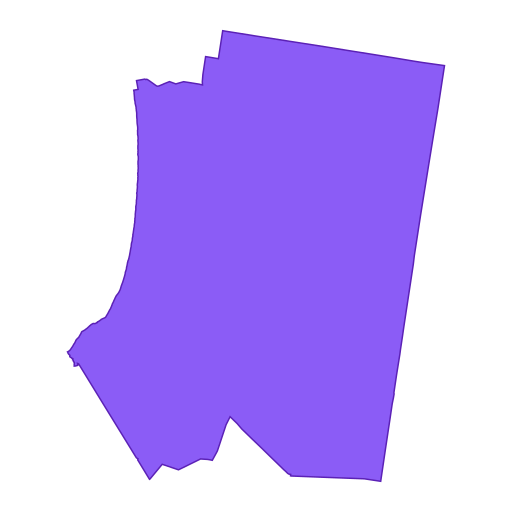 outline of Frankston, Victoria, Australia
{"feature_id": "25037944B48660808239770", "entity_name": "Frankston", "entity_type": "district", "adm_level": 2, "iso_a3": "AUS", "parent_name": "Australia", "parent_adm1": "Victoria", "projection": "orthographic", "projection_center": [145.129, -38.134], "detail": "fine", "context": "isolated", "style": "filled", "palette": "violet", "viewbox_px": 512, "rotation_deg": 0, "n_neighbors": 0, "source": "geoboundaries", "source_scale": "gbopen_adm2", "svg_char_len": 5589}
<svg xmlns="http://www.w3.org/2000/svg" viewBox="0 0 512 512"><path d="M444.5,65.6L422.4,62.5L412.9,61.0L396.2,58.2L372.7,54.4L347.4,50.4L325.1,46.8L290.3,41.4L254.4,35.8L251.5,35.3L226.2,31.3L222.7,30.7L218.4,58.7L208.9,57.1L205.6,56.6L202.9,74.5L202.3,81.8L202.5,84.9L201.0,84.6L200.1,84.4L199.5,84.2L190.8,82.8L189.6,82.6L188.9,82.5L183.6,81.7L175.8,83.9L169.5,81.6L163.7,83.9L162.5,84.5L161.7,84.8L158.8,86.0L157.5,86.2L156.5,85.9L149.5,80.9L147.4,79.5L146.6,79.3L146.4,79.3L145.9,79.6L144.8,79.1L136.5,80.6L138.1,89.4L133.7,90.2L133.8,90.9L134.0,91.5L134.1,92.2L134.1,93.7L134.3,95.2L134.3,95.9L134.4,96.6L134.5,98.1L134.5,98.9L134.6,99.6L134.7,100.3L134.9,100.9L135.0,101.6L135.1,102.3L135.1,103.0L135.2,103.7L135.4,104.3L135.5,104.9L135.7,105.6L136.0,106.9L136.1,107.6L136.1,108.6L136.2,109.0L136.3,109.8L136.3,110.5L136.4,111.2L136.6,111.9L136.6,112.6L136.7,113.3L136.7,114.0L136.7,114.8L136.7,115.6L136.7,116.3L136.8,117.1L136.8,117.8L137.0,119.3L137.0,120.8L137.1,122.3L137.1,123.0L137.2,123.8L137.4,125.2L137.6,126.6L137.7,127.8L137.7,128.0L137.7,128.8L137.7,129.6L137.6,130.2L137.5,130.9L137.6,131.6L137.6,132.3L137.6,133.1L137.6,133.8L137.6,134.6L137.9,135.8L138.0,136.5L138.0,137.2L138.1,138.0L138.1,138.8L138.0,139.5L137.9,140.2L137.9,141.0L138.0,141.5L138.0,142.2L138.1,143.0L138.1,143.7L138.1,144.4L138.0,145.1L137.9,145.8L137.9,146.5L137.9,147.3L137.9,148.0L137.9,148.8L138.0,149.5L138.1,150.2L138.0,150.9L137.9,151.6L138.0,152.4L138.0,153.1L137.8,153.8L137.8,154.5L138.1,155.9L138.3,156.5L138.3,157.2L138.3,158.0L138.3,158.7L138.3,159.4L138.2,160.2L138.1,160.8L138.0,161.5L138.0,162.2L138.0,163.7L138.0,164.4L138.1,165.1L138.2,165.9L138.1,166.6L138.2,167.3L138.2,168.1L138.2,168.8L138.1,169.5L138.0,170.1L138.1,170.8L138.1,171.5L138.0,172.2L137.8,172.8L137.7,173.5L137.8,174.2L137.9,174.8L137.8,175.5L138.0,176.2L138.0,176.9L137.8,177.7L137.9,178.8L137.9,179.5L137.8,180.2L137.7,180.9L137.6,182.2L137.5,182.9L137.4,183.5L137.3,184.2L137.3,184.9L137.3,185.7L137.4,186.4L137.4,187.2L137.3,187.9L137.3,188.6L137.2,189.2L137.1,189.9L137.1,190.7L137.1,191.4L137.0,192.0L136.8,192.6L136.7,193.3L136.9,194.0L136.9,194.7L136.9,196.2L136.8,196.8L136.7,198.3L136.7,199.0L136.5,199.6L136.4,200.2L136.4,201.0L136.4,201.7L136.3,202.4L136.4,203.1L136.1,205.1L135.8,206.4L135.8,207.1L135.8,208.6L135.8,209.4L135.8,210.1L135.6,210.7L135.5,211.4L135.5,212.0L135.4,212.7L135.3,213.4L135.3,214.2L135.2,214.9L135.3,215.6L135.2,216.3L135.2,217.0L135.1,217.7L134.9,218.2L134.9,218.9L134.9,219.5L134.9,220.1L134.8,220.7L134.7,221.4L134.8,222.4L134.6,223.1L134.3,224.9L134.2,226.8L134.0,227.6L133.8,228.6L133.7,229.5L133.4,231.5L133.2,233.1L132.8,235.0L132.9,235.7L132.9,236.1L132.6,237.1L132.3,238.8L132.3,239.9L132.1,241.2L131.7,242.4L131.6,242.7L131.4,243.7L131.2,245.7L131.2,246.5L130.9,247.6L130.4,250.3L130.2,251.7L129.8,253.8L129.6,254.9L129.4,256.1L129.2,256.8L129.0,257.8L128.7,258.9L128.3,260.2L127.9,261.0L127.7,262.3L127.5,262.6L127.3,264.0L126.9,266.1L126.6,267.1L126.4,268.9L126.4,269.1L126.2,269.6L126.1,270.0L125.9,270.6L125.6,271.5L125.3,272.2L125.3,272.6L125.2,273.6L125.0,274.4L124.7,275.5L124.4,276.7L124.1,277.6L123.5,279.7L122.6,282.5L122.2,283.5L121.3,285.9L120.9,287.3L120.3,289.3L120.0,290.0L119.7,290.6L118.8,292.4L117.9,293.7L116.3,295.7L115.1,298.0L114.7,299.0L113.9,300.6L113.3,302.1L112.5,303.6L112.3,304.0L112.1,304.8L111.8,305.4L111.4,306.6L111.1,307.2L110.7,308.1L110.5,308.7L110.3,309.0L109.9,309.6L109.5,310.2L109.3,310.7L108.7,311.8L107.8,313.6L107.3,314.4L106.6,315.5L106.1,316.4L105.7,317.1L104.8,317.8L103.1,318.5L102.2,318.9L101.7,319.2L101.3,319.3L101.1,319.6L99.8,320.6L98.4,321.5L98.0,321.7L97.8,321.9L97.6,321.9L97.5,322.1L97.4,322.3L97.3,322.2L97.0,322.4L96.4,322.9L96.0,323.1L95.8,323.3L95.7,323.4L94.8,323.6L93.7,323.5L93.1,323.5L91.6,324.3L91.0,324.7L90.2,325.5L89.9,325.6L89.5,326.0L89.0,326.5L87.5,327.9L86.7,328.6L86.2,328.9L84.8,330.0L83.6,330.7L81.9,331.6L81.6,332.0L81.4,332.3L81.1,333.2L80.7,333.9L79.3,336.3L79.1,336.5L79.0,336.9L78.8,337.3L77.9,338.1L77.6,338.3L76.9,339.1L76.3,339.7L75.9,340.4L75.6,341.1L74.8,342.8L74.4,343.5L74.2,343.7L74.0,343.9L72.8,346.1L72.3,346.9L71.7,347.7L71.5,348.0L71.0,348.8L69.8,350.4L68.3,351.5L68.0,351.6L67.5,351.9L67.8,352.3L67.9,352.6L68.0,353.1L68.2,353.5L68.4,353.8L68.5,353.9L68.8,354.2L68.8,354.3L69.0,354.5L69.5,354.9L69.6,355.0L69.9,355.3L69.9,355.5L69.8,355.8L69.8,356.0L69.8,356.3L69.8,356.6L69.9,356.8L70.0,356.9L70.1,357.0L70.4,357.2L70.5,357.3L70.8,357.5L71.2,357.6L71.3,357.6L71.5,357.7L71.6,357.8L71.7,358.0L71.8,358.2L71.8,358.3L72.1,358.5L72.5,358.6L72.8,358.6L72.9,358.8L72.7,359.1L72.7,359.5L72.6,359.8L73.1,360.1L73.3,360.3L73.3,361.0L73.5,361.5L73.8,361.9L74.2,362.2L74.3,362.3L74.3,362.5L74.2,362.7L74.3,362.9L74.3,363.0L74.3,363.3L74.3,363.6L74.2,363.9L74.2,364.3L74.2,364.5L74.2,364.9L74.2,365.1L74.2,365.3L74.2,366.1L75.5,366.0L77.7,365.4L77.7,364.4L77.5,363.4L78.6,363.8L81.8,369.0L103.5,404.4L136.0,457.2L136.5,457.9L138.0,458.8L137.7,459.9L149.5,479.3L150.0,479.0L162.2,464.3L178.5,469.8L200.7,458.9L201.0,459.0L207.4,459.4L209.4,459.7L212.3,460.3L216.3,453.0L217.4,450.9L226.1,424.7L230.1,416.7L237.2,423.6L241.8,429.0L252.1,439.0L261.4,447.9L270.2,456.5L284.0,469.9L285.6,471.3L287.7,473.4L288.9,474.1L290.7,474.4L290.5,475.8L291.1,476.0L330.1,477.5L364.3,478.8L380.7,481.3L385.2,450.8L388.6,428.1L389.8,420.2L392.2,403.9L392.8,400.9L393.4,398.0L394.1,393.9L393.9,392.8L396.7,374.0L399.9,354.0L400.5,349.4L402.4,336.8L403.8,327.0L413.3,264.3L414.3,255.8L420.7,214.4L428.7,164.7L434.0,132.2L437.9,108.7L444.5,65.6Z" fill="#8b5cf6" stroke="#5b21b6" stroke-width="1.5"/></svg>